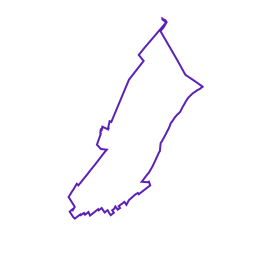 Antiguo Morelos, Tamaulipas, Mexico, rotated 227°
{"feature_id": "50627088B85059783255621", "entity_name": "Antiguo Morelos", "entity_type": "district", "adm_level": 2, "iso_a3": "MEX", "parent_name": "Mexico", "parent_adm1": "Tamaulipas", "projection": "equal_earth", "projection_center": [-99.078, 22.569], "detail": "fine", "context": "isolated", "style": "outline", "palette": "violet", "viewbox_px": 256, "rotation_deg": 227, "n_neighbors": 0, "source": "geoboundaries", "source_scale": "gbopen_adm2", "svg_char_len": 2406}
<svg xmlns="http://www.w3.org/2000/svg" viewBox="0 0 256 256"><g transform="rotate(227 128 128)"><path d="M185.0,228.5L185.0,228.4L185.1,228.2L184.9,228.1L184.6,227.8L184.4,227.6L184.0,227.2L179.2,227.9L175.5,195.5L174.1,185.7L166.4,185.2L162.7,161.7L146.2,125.2L143.8,119.9L145.5,119.2L141.3,113.1L140.9,113.4L140.5,112.5L146.3,110.2L145.9,109.8L145.4,109.1L145.7,109.0L144.7,107.6L145.4,107.2L144.8,106.4L144.2,106.4L144.1,105.8L144.4,105.7L144.1,105.4L143.4,104.4L142.6,104.3L142.3,103.8L142.2,103.9L141.9,103.4L141.6,102.9L141.4,102.6L141.4,102.4L137.0,93.9L134.8,93.9L131.2,93.8L126.6,97.7L126.1,93.2L124.0,80.6L123.2,75.1L122.9,73.1L122.8,72.2L122.6,70.9L121.9,66.9L121.1,61.1L121.0,60.4L120.9,60.1L120.9,59.8L120.7,58.2L120.6,57.7L119.9,52.6L122.1,52.5L120.2,45.9L119.7,43.6L118.0,37.5L107.7,35.5L107.2,35.3L106.6,35.2L105.6,31.8L106.4,32.0L106.6,28.3L103.2,27.7L100.0,27.2L98.0,27.3L97.7,30.5L97.3,34.2L96.5,34.0L96.2,35.7L96.1,36.9L95.9,37.8L94.4,37.3L94.2,38.2L93.8,38.1L93.5,41.8L92.7,41.5L89.9,40.5L89.6,43.3L89.5,44.5L89.2,48.9L89.0,50.8L87.7,50.5L87.4,54.2L84.2,53.6L82.2,53.3L81.8,57.0L80.9,56.8L80.6,56.8L79.7,56.6L78.5,56.2L77.6,56.1L76.0,55.9L75.7,59.9L78.6,60.3L78.4,62.4L78.3,62.8L78.6,63.5L79.2,65.2L75.3,64.8L74.9,67.6L77.2,67.9L76.4,75.0L72.9,74.5L74.6,79.4L74.4,88.2L73.9,90.0L73.8,90.9L72.2,90.7L71.4,99.9L70.9,105.1L74.5,106.7L75.0,105.3L78.5,102.1L79.0,101.9L79.3,101.5L80.8,109.8L81.1,112.6L82.9,118.8L85.0,124.3L89.1,134.3L89.4,135.5L89.5,135.7L94.7,141.6L95.1,143.4L96.8,148.7L100.1,158.0L101.5,160.9L101.6,161.1L101.8,161.5L102.1,161.9L102.6,163.6L102.6,164.5L103.8,169.4L104.2,173.3L104.1,175.4L104.3,177.4L104.6,178.3L105.0,179.2L106.0,182.0L107.5,186.9L107.9,188.0L109.0,192.3L109.1,192.7L109.1,193.0L109.1,193.3L109.2,197.6L109.2,198.7L108.3,205.0L108.2,205.6L107.7,206.4L107.3,210.7L108.1,210.6L115.9,209.0L126.2,206.6L127.8,206.3L128.4,206.4L128.6,206.5L129.1,206.6L129.3,206.7L129.6,206.7L129.7,206.8L129.8,206.8L130.0,206.8L131.3,207.1L132.2,207.4L133.6,207.7L137.2,208.6L138.0,208.8L139.5,209.2L140.0,209.3L141.7,209.7L142.3,209.9L143.5,210.2L144.4,210.4L144.7,210.5L145.5,210.6L145.8,210.7L146.5,210.9L148.8,211.4L150.5,211.8L176.7,217.8L177.4,223.0L179.1,228.5L181.4,228.8L181.5,228.7L182.0,228.6L182.3,228.5L182.7,228.2L183.2,227.8L183.4,227.5L183.7,227.3L184.1,227.4L184.4,227.7L184.9,228.3L185.0,228.5Z" fill="none" stroke="#5b21b6" stroke-width="2"/></g></svg>